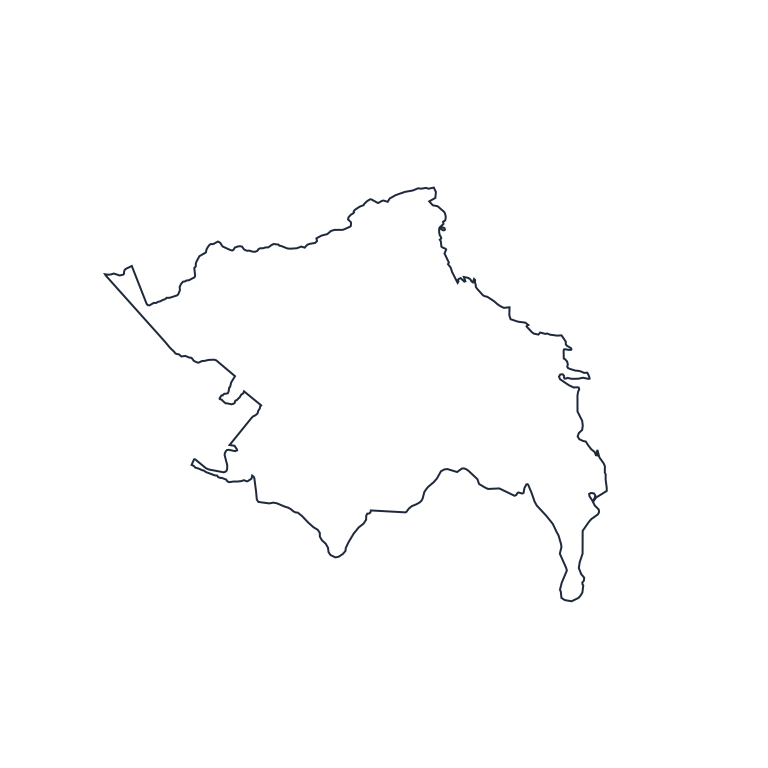 the border of Colombia, rotated 129°
{"feature_id": "COL", "entity_name": "Colombia", "entity_type": "country or territory", "adm_level": 0, "iso_a3": "COL", "parent_name": "South America", "parent_adm1": "", "projection": "robinson", "projection_center": [-72.763, 4.099], "detail": "fine", "context": "isolated", "style": "outline", "palette": "slate", "viewbox_px": 768, "rotation_deg": 129, "n_neighbors": 0, "source": "natural_earth", "source_scale": "50m", "svg_char_len": 6164}
<svg xmlns="http://www.w3.org/2000/svg" viewBox="0 0 768 768"><g transform="rotate(129 384 384)"><path d="M433.1,117.8L426.6,120.8L413.9,124.5L412.3,126.7L405.2,140.6L399.2,143.4L397.1,145.5L391.9,153.0L390.4,156.7L386.5,164.8L384.3,174.9L382.3,188.9L380.6,193.0L375.8,200.7L371.8,208.1L371.5,209.3L372.4,210.2L376.7,209.3L380.8,207.0L382.2,207.7L383.7,211.3L385.4,211.7L387.0,211.3L388.7,212.2L392.6,228.7L400.1,237.1L400.9,240.4L401.9,247.2L399.2,251.4L398.3,263.5L398.5,266.5L399.3,268.9L400.8,270.3L406.4,271.8L410.2,281.2L412.5,283.4L416.0,284.8L424.2,283.4L429.1,283.6L436.4,285.0L439.1,285.0L442.5,284.7L448.7,281.9L450.9,281.4L453.4,281.7L457.0,283.1L461.4,285.5L465.1,286.3L469.3,286.1L470.3,286.6L490.5,314.6L492.6,313.7L494.0,314.1L495.3,315.4L497.6,314.9L500.7,312.5L505.3,312.0L511.4,313.4L519.4,313.4L529.3,312.0L535.5,310.5L537.9,308.9L541.9,309.0L546.7,310.5L549.3,312.6L550.6,317.9L549.6,321.2L546.5,324.5L544.8,328.8L544.5,333.9L543.0,337.8L540.1,340.2L539.0,343.8L539.7,348.6L539.4,355.5L538.2,364.6L538.2,370.0L539.4,371.8L540.0,374.3L539.9,377.7L540.4,380.6L541.9,384.4L544.1,392.1L545.8,395.3L549.0,398.0L554.7,407.4L553.9,409.9L553.4,410.6L548.5,415.3L538.9,425.4L538.1,426.7L538.1,428.8L540.9,427.4L545.4,428.8L546.1,429.6L546.9,432.3L549.4,433.9L552.3,436.8L554.7,439.8L557.8,442.6L558.2,444.6L557.6,446.5L559.1,451.1L560.2,452.5L560.7,454.3L560.2,456.0L561.5,458.0L564.5,467.0L564.7,469.7L565.4,470.9L566.3,474.6L567.7,478.0L567.4,480.3L568.0,482.6L562.2,484.2L561.7,483.9L561.4,483.1L561.5,469.2L560.6,466.2L553.5,453.0L552.0,452.0L550.3,451.8L549.0,452.3L547.3,453.5L545.7,454.8L539.5,463.2L537.7,464.2L535.8,464.6L534.2,464.5L532.9,463.3L529.9,457.5L528.0,456.4L527.3,457.4L526.1,461.3L528.6,465.6L493.9,465.6L491.7,465.4L489.4,464.3L487.2,463.8L486.0,463.9L483.9,464.9L481.2,465.1L479.4,466.1L477.9,466.0L477.8,488.2L479.5,487.6L480.9,487.7L481.9,488.3L484.8,487.8L489.4,488.3L490.3,489.0L491.4,488.8L492.7,488.1L494.2,488.6L495.8,489.8L497.8,493.8L498.7,494.9L498.6,498.7L498.3,500.1L499.0,502.0L498.9,502.5L498.4,502.8L495.1,503.1L494.4,502.2L492.8,502.2L491.8,501.7L490.9,500.6L489.4,499.6L487.7,500.0L484.3,502.0L483.2,501.8L481.9,502.3L479.2,503.7L471.7,504.7L471.2,529.3L472.0,531.3L475.7,535.5L478.6,537.7L481.0,540.1L483.4,541.1L484.5,542.0L485.1,543.6L485.7,546.5L484.9,549.3L485.1,550.7L486.0,551.9L487.2,556.0L490.1,558.8L490.0,562.0L491.2,564.1L491.5,565.6L491.0,567.3L490.5,573.3L489.1,580.2L474.8,668.6L474.3,669.9L472.8,667.3L470.4,664.9L468.2,663.5L466.0,657.7L463.0,655.4L461.8,655.5L460.5,656.6L458.6,657.3L457.3,657.2L451.0,654.3L471.1,618.9L471.4,617.2L470.4,615.7L465.9,614.0L464.4,612.1L462.3,611.3L460.7,610.0L457.7,608.7L455.9,607.5L453.7,607.1L452.0,604.9L445.6,600.7L444.0,600.3L439.6,601.6L437.1,603.9L434.0,604.7L431.0,604.6L429.5,603.2L428.0,602.7L426.1,600.9L420.3,598.4L418.7,598.9L413.3,604.4L411.1,604.3L408.6,606.2L406.2,606.9L400.8,607.9L393.8,605.2L391.2,606.6L388.2,607.1L385.9,607.2L384.3,606.7L382.8,604.8L377.8,602.7L377.3,600.3L378.7,596.0L376.5,587.4L375.7,585.9L374.4,585.4L371.9,585.8L369.2,584.2L367.5,582.6L366.6,580.8L367.5,577.3L366.7,574.3L365.1,572.6L364.0,569.7L362.4,567.4L360.2,566.2L358.1,566.4L356.4,565.6L354.4,563.2L352.6,562.2L350.6,559.9L346.7,558.8L344.7,557.9L342.1,553.8L342.3,552.3L341.5,550.9L339.5,544.5L338.1,542.3L333.5,537.3L329.3,534.8L327.9,531.4L325.3,531.4L323.6,531.0L321.8,529.9L317.7,526.3L315.1,526.0L313.3,528.2L307.9,525.9L303.2,522.4L298.4,521.5L295.3,519.4L290.8,513.8L289.6,512.7L283.4,509.5L282.2,509.2L279.9,510.7L279.1,511.6L278.7,515.6L276.6,516.5L273.3,516.3L271.1,515.4L269.5,515.3L269.2,516.0L268.4,516.3L266.5,516.1L261.3,514.4L257.9,512.4L256.3,512.7L252.5,512.2L249.3,511.1L248.5,510.0L247.2,502.8L246.8,502.3L243.1,500.9L241.7,499.8L240.1,495.8L236.2,496.3L229.9,493.8L221.6,488.7L215.6,483.5L210.4,480.6L208.8,478.0L205.1,474.7L204.2,472.3L200.0,468.9L202.1,464.5L207.1,461.2L213.6,463.8L214.4,458.6L212.1,454.1L212.4,445.5L213.2,443.8L214.9,441.5L217.2,439.9L218.5,439.4L220.7,440.2L222.2,438.5L227.5,439.3L229.1,438.5L231.5,436.5L233.2,434.4L234.1,432.0L234.9,431.1L236.8,431.4L237.0,430.4L237.9,429.0L241.1,425.9L241.1,424.5L240.2,421.4L240.4,420.3L244.5,419.1L248.8,410.0L250.6,409.7L251.6,405.4L254.1,401.6L259.1,390.4L257.6,390.6L256.4,392.1L255.0,391.9L253.5,391.1L253.9,386.0L253.0,385.4L250.6,389.3L248.5,385.3L248.3,382.9L249.2,380.5L249.1,378.9L245.7,380.1L245.9,378.6L248.0,377.1L248.9,375.5L250.8,373.7L251.5,371.1L252.8,362.7L252.2,360.5L251.2,358.6L250.4,350.5L250.6,345.7L250.2,342.0L249.4,338.8L245.4,334.7L251.7,329.9L254.0,326.4L251.2,319.0L247.4,312.8L247.3,309.0L248.3,309.5L249.6,309.4L250.7,301.5L250.5,299.1L248.4,295.1L245.7,295.0L243.5,290.1L242.1,289.0L241.1,285.9L237.4,279.8L234.5,276.7L236.7,269.3L238.6,267.9L239.2,266.1L238.5,261.6L238.7,260.6L239.2,260.1L239.6,260.1L240.4,260.8L241.8,262.8L243.0,265.2L244.0,265.9L245.4,265.1L251.1,260.3L250.8,258.8L251.3,255.8L253.2,253.4L255.2,252.5L255.8,251.2L255.3,249.1L253.2,243.8L251.3,241.0L250.1,238.2L249.5,235.6L247.3,233.1L248.3,230.8L249.9,228.1L250.5,227.6L251.4,228.4L253.9,233.3L257.8,236.5L262.0,241.6L263.7,245.2L265.0,245.8L266.2,247.1L265.7,248.1L264.4,249.1L264.0,251.1L264.9,252.3L265.8,253.0L268.2,252.6L269.5,250.1L268.6,239.6L267.3,234.3L265.6,232.6L264.2,230.5L265.2,229.0L267.8,228.3L271.2,226.4L283.6,216.3L287.9,206.8L291.2,203.4L294.9,201.1L299.4,201.7L302.9,200.5L304.0,197.5L303.0,193.4L301.7,190.9L303.0,187.3L304.3,181.9L304.3,177.3L306.0,174.6L305.4,173.5L302.9,175.7L300.9,176.7L305.5,170.4L307.4,163.5L308.8,160.7L313.8,156.7L314.8,154.8L318.6,151.8L324.7,145.4L327.0,143.6L338.7,147.7L342.5,147.5L341.8,148.2L340.1,148.5L337.6,149.6L336.9,152.1L338.5,154.6L340.3,155.4L341.9,153.7L343.4,149.0L345.8,143.7L346.4,138.2L348.1,136.3L350.6,135.7L358.6,137.9L362.2,138.0L373.1,137.2L390.9,122.9L399.2,119.8L404.4,116.8L407.7,111.0L408.5,106.6L411.0,104.9L413.5,104.9L414.7,103.8L415.1,102.4L421.2,98.6L424.7,98.1L427.8,98.2L434.8,101.5L438.1,107.4L438.6,111.5L434.2,115.8L433.1,117.8ZM227.7,437.4L226.9,438.2L225.3,436.8L224.8,435.1L225.7,433.8L227.0,434.2L227.5,435.3L227.7,437.4Z" fill="none" stroke="#1e293b" stroke-width="2"/></g></svg>